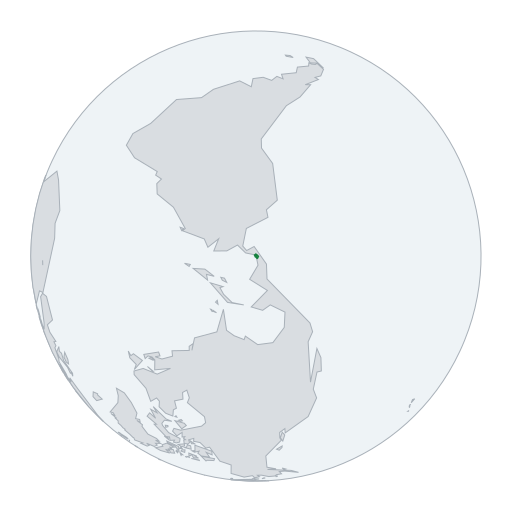 Bocas del Toro highlighted on a globe, orthographic projection, rotated 205°
{"feature_id": "PAN-1958", "entity_name": "Bocas del Toro", "entity_type": "Province", "adm_level": 1, "iso_a3": "PAN", "parent_name": "Panama", "parent_adm1": "", "projection": "orthographic", "projection_center": [-82.341, 9.206], "detail": "fine", "context": "on_globe", "style": "filled", "palette": "green", "viewbox_px": 512, "rotation_deg": 205, "n_neighbors": 0, "source": "natural_earth", "source_scale": "10m", "svg_char_len": 8921}
<svg xmlns="http://www.w3.org/2000/svg" viewBox="0 0 512 512"><g transform="rotate(205 256 256)"><circle cx="256" cy="256" r="225" fill="#eef3f6" stroke="#a8b0b8"/><path d="M272.2,259.4L266.8,257.0L261.7,263.8L243.1,253.1L236.3,239.8L178.8,218.1L172.7,211.3L172.5,200.3L153.3,164.7L161.7,197.9L154.2,191.3L148.2,179.4L151.7,176.6L147.8,159.5L141.1,153.0L140.9,132.5L154.8,108.0L156.9,111.8L160.0,106.1L157.6,101.3L155.2,99.7L162.6,78.9L156.8,69.2L147.9,71.6L155.4,67.4L133.7,76.5L126.0,77.9L139.1,73.2L143.8,70.5L140.8,69.4L145.0,66.5L145.9,64.6L151.2,61.5L158.4,59.7L162.0,57.9L159.6,57.4L163.4,54.5L166.4,55.4L173.3,50.6L186.7,48.4L190.2,56.1L202.0,54.8L217.3,63.1L220.3,60.7L227.9,63.3L234.2,61.7L235.3,64.4L239.4,60.9L237.3,58.8L238.4,56.8L241.9,55.8L243.8,58.8L242.3,59.7L244.7,60.2L244.2,62.2L246.5,60.7L248.4,64.9L251.7,59.6L257.6,62.0L257.5,65.1L250.6,66.3L233.4,78.8L231.2,83.6L234.8,88.6L256.2,94.1L256.5,99.3L262.0,105.2L264.9,101.3L261.7,95.4L268.6,90.3L263.8,84.4L265.9,81.7L263.7,75.8L271.4,75.3L280.1,78.4L282.2,83.6L286.1,85.3L290.0,79.8L299.8,89.6L316.3,97.0L318.0,100.2L310.7,106.4L295.6,107.2L286.0,118.0L299.7,110.0L303.8,119.1L307.6,120.5L311.7,119.8L313.1,116.2L316.1,119.4L303.7,127.8L300.8,124.9L304.8,122.1L297.7,122.9L289.3,129.9L292.1,134.6L276.6,142.2L278.4,145.9L276.0,150.0L274.2,143.4L277.1,155.8L259.4,170.7L263.0,193.9L251.3,176.2L242.2,174.5L231.4,175.2L231.8,178.9L217.0,176.4L204.1,184.6L200.2,203.2L206.0,217.4L222.4,217.7L227.0,209.6L238.8,207.8L231.1,229.6L251.9,232.2L250.3,248.5L256.5,256.8L266.7,254.4L277.4,258.1L284.6,248.3L296.4,242.7L297.1,255.9L303.3,243.6L310.1,249.6L333.4,247.8L331.7,251.0L351.4,265.3L371.8,270.5L376.5,279.7L374.2,285.8L381.1,286.9L381.2,290.8L407.6,293.7L420.3,301.6L419.3,315.0L407.5,331.6L394.2,364.2L372.3,376.5L365.0,389.1L344.8,407.8L331.8,407.4L333.7,415.5L325.0,421.0L316.0,421.8L313.0,427.6L306.3,428.0L309.7,431.5L297.0,439.1L298.3,444.7L288.6,450.4L289.7,453.4L286.7,453.4L283.1,454.7L282.1,456.4L273.7,453.7L273.4,446.6L278.0,442.8L274.0,442.3L283.8,432.1L278.9,434.3L283.3,418.7L292.0,405.1L300.7,364.3L296.6,356.1L280.0,346.9L260.3,315.6L266.1,302.3L261.5,296.1L276.4,276.9L272.2,259.4ZM51.8,193.7L53.3,188.6L53.5,192.0L51.8,193.7ZM53.6,185.4L53.2,187.1L53.4,185.6L53.6,185.4ZM53.2,184.3L53.5,185.1L53.0,184.7L53.2,184.3ZM52.6,183.4L53.0,183.7L52.9,183.8L52.6,183.4ZM262.2,201.9L286.0,212.4L272.9,214.3L275.3,212.1L269.2,207.6L258.0,203.7L246.4,206.5L262.2,201.9ZM52.2,180.6L52.2,179.7L52.8,179.4L52.2,180.6ZM271.9,188.6L267.8,187.9L271.7,187.7L271.9,188.6ZM153.5,99.6L157.1,101.6L157.8,107.4L154.3,105.9L153.5,99.6ZM152.9,89.8L155.7,89.6L152.0,94.9L151.5,93.4L152.9,89.8ZM140.5,74.4L142.7,74.9L139.2,75.5L140.5,74.4ZM145.1,64.9L143.2,65.8L144.5,64.5L145.1,64.9ZM259.6,76.5L261.6,76.2L261.0,77.4L259.6,76.5ZM256.8,74.4L254.7,76.2L253.0,75.5L254.4,74.4L256.8,74.4ZM153.8,58.7L156.5,56.7L155.0,58.4L153.8,58.7ZM259.9,72.5L250.3,74.1L247.5,72.9L250.3,68.0L259.9,72.5ZM158.9,55.3L165.3,51.1L161.6,52.5L175.9,46.7L165.6,51.8L164.4,53.5L162.4,53.7L158.9,55.3ZM235.1,58.6L237.5,60.7L232.2,59.9L235.1,58.6ZM231.4,58.7L213.6,60.4L211.7,57.2L218.1,57.0L213.1,54.1L220.9,51.7L225.4,52.7L225.1,55.1L228.4,52.5L231.4,58.7ZM182.7,44.6L185.3,43.5L184.0,44.3L182.7,44.6ZM238.4,55.9L235.0,56.3L233.1,53.5L239.7,52.2L238.2,53.5L238.4,55.9ZM207.9,54.8L207.7,52.8L214.0,50.2L214.7,49.1L220.9,51.4L207.9,54.8ZM240.4,53.7L243.0,51.7L247.1,52.3L241.6,55.4L240.4,53.7ZM229.9,53.4L229.3,52.2L231.8,52.4L229.9,53.4ZM263.1,54.1L259.0,54.2L257.7,52.7L263.1,54.1ZM243.7,51.0L242.3,50.8L241.4,50.3L243.9,49.3L243.7,51.0ZM225.0,49.6L227.6,49.1L222.7,48.5L227.3,46.8L230.6,48.8L231.1,47.3L232.4,46.8L233.6,49.0L225.0,49.6ZM243.5,46.9L249.3,49.5L257.2,49.4L258.6,50.6L245.7,50.6L243.5,46.9ZM237.6,47.9L241.6,47.5L241.3,49.0L238.4,50.3L237.6,47.9ZM229.1,45.2L221.3,47.1L220.9,46.7L229.1,45.2ZM245.9,46.5L244.4,46.0L246.5,46.3L245.9,46.5ZM234.4,45.1L231.7,45.8L231.2,45.3L234.4,45.1ZM243.8,44.5L245.7,45.2L243.8,45.9L243.8,44.5ZM239.5,44.5L239.6,43.6L241.9,45.8L238.4,44.9L239.5,44.5ZM234.4,44.5L233.2,44.4L235.6,44.3L234.4,44.5ZM250.0,41.6L253.5,44.1L249.2,45.6L246.4,42.9L250.0,41.6ZM287.2,459.2L274.2,454.8L281.7,456.8L288.4,454.0L294.7,457.4L287.2,459.2ZM306.2,451.6L313.1,449.8L314.3,450.5L309.8,452.1L306.2,451.6ZM416.9,98.3L412.5,94.3L417.2,99.0L421.9,103.6L427.2,109.5L426.9,109.2L417.0,100.0L420.0,106.2L434.0,128.1L433.7,132.0L428.8,130.8L413.4,112.0L416.0,105.5L410.6,99.8L401.3,94.0L402.9,92.9L399.4,90.1L399.5,87.9L391.1,79.3L389.9,77.0L378.3,69.0L376.1,67.0L383.6,72.1L388.2,74.9L384.2,70.8L381.3,68.8L399.9,82.7L416.9,98.3ZM379.9,67.9L373.8,64.0L373.7,63.9L379.9,67.9ZM367.4,60.2L367.1,60.0L367.4,60.2ZM362.2,57.3L363.1,57.9L354.6,53.6L346.3,49.7L343.9,48.7L357.5,55.4L362.6,58.0L366.2,59.8L380.3,68.5L383.5,71.2L370.3,63.6L373.3,66.9L361.7,60.5L332.2,44.8L324.1,41.4L325.7,41.8L344.3,48.8L362.2,57.3ZM184.3,42.4L178.2,44.8L178.8,44.6L182.7,43.3L175.9,46.7L161.6,52.5L160.9,52.4L152.4,56.6L152.2,56.2L149.1,57.7L166.4,49.3L184.3,42.4ZM480.5,237.1L480.6,240.6L479.6,233.8L479.1,234.9L472.3,248.8L467.0,241.3L453.0,214.3L451.9,200.7L446.0,187.0L433.7,132.9L437.5,132.9L435.0,120.2L435.8,120.7L443.0,130.9L444.8,133.1L453.0,146.7L460.2,160.8L466.4,175.4L471.5,190.4L475.6,205.8L478.6,221.3L480.5,237.1ZM445.4,157.6L447.5,161.7L447.5,161.8L445.4,157.6ZM334.1,247.6L336.9,250.0L333.3,250.3L334.1,247.6ZM271.4,219.7L276.3,219.8L278.9,221.8L275.2,222.6L271.4,219.7ZM312.2,218.3L317.7,219.2L312.0,220.6L312.2,218.3ZM289.7,213.7L307.7,218.2L296.8,222.5L285.3,219.9L293.1,218.4L289.7,213.7ZM270.0,196.2L273.2,197.1L272.4,199.5L270.0,196.2ZM274.8,188.6L273.6,188.8L271.9,186.9L274.8,188.6ZM304.5,118.6L305.6,118.0L309.9,118.1L308.2,119.7L304.5,118.6ZM327.3,110.4L331.6,115.9L327.3,112.8L325.8,115.6L314.8,113.3L318.3,101.7L318.7,107.1L327.3,110.4ZM301.2,107.8L307.7,110.0L300.4,108.1L301.2,107.8ZM380.3,79.0L383.1,79.7L387.3,83.2L388.7,87.9L382.8,82.7L380.3,79.0ZM386.2,80.0L372.7,72.2L371.2,69.6L374.3,72.3L374.7,71.3L379.8,75.5L391.7,81.3L396.1,84.9L396.4,90.6L393.9,86.5L391.2,85.7L386.2,80.0ZM340.8,63.1L334.9,61.3L339.3,57.6L344.3,59.7L346.1,64.1L341.3,64.2L340.8,63.1ZM266.7,64.3L264.2,65.1L263.6,64.1L265.4,62.6L266.7,64.3ZM261.3,54.3L277.2,60.5L275.1,61.5L287.0,64.8L286.1,68.9L278.4,66.5L286.6,72.6L279.4,72.1L285.5,76.1L268.6,70.3L262.4,70.6L269.6,68.5L270.6,64.6L269.2,63.0L260.5,59.0L247.7,58.5L246.6,55.1L249.3,52.9L252.2,52.5L252.0,54.7L256.0,52.6L257.9,55.5L261.3,54.3ZM281.1,37.6L279.6,38.8L288.1,38.0L290.0,39.7L290.9,39.6L295.0,41.1L301.5,42.9L301.4,43.7L304.0,44.1L306.8,45.4L310.3,46.4L311.3,48.4L315.7,49.8L313.7,50.0L321.0,52.0L316.0,51.5L319.2,53.6L322.3,53.0L319.2,64.7L321.8,71.2L326.6,77.2L317.5,76.3L307.1,70.5L297.5,63.3L296.4,57.7L292.4,58.7L290.7,56.4L294.5,56.6L287.6,55.1L287.3,53.4L278.7,48.9L269.0,48.6L265.6,47.3L269.2,46.6L263.3,45.8L267.9,43.8L265.6,42.9L267.7,40.4L276.0,40.1L272.8,39.2L274.3,37.7L281.1,37.6ZM250.9,40.9L260.4,39.4L266.1,39.8L260.0,44.1L261.4,45.2L257.7,48.7L249.4,48.2L251.3,47.1L251.1,46.1L253.8,46.6L251.6,45.4L254.0,44.1L252.9,42.9L256.3,42.7L250.9,40.9ZM434.8,119.0L432.6,116.3L432.4,116.0L431.7,114.9L434.8,119.0ZM426.1,110.0L425.4,108.8L430.5,114.5L430.6,115.2L426.1,110.0ZM420.7,103.5L425.0,108.3L422.7,106.0L420.7,103.5ZM382.5,71.0L381.2,69.7L382.8,70.7L385.5,72.7L382.5,71.0ZM306.7,38.1L304.9,38.2L303.5,37.8L296.4,36.9L294.4,36.0L297.9,36.1L306.7,38.1ZM303.3,36.9L300.7,36.6L301.3,36.4L303.3,36.9ZM292.6,35.3L292.6,34.9L293.3,35.8L292.6,35.3ZM258.8,30.7L257.0,30.7L256.2,30.7L258.8,30.7ZM282.2,32.5L286.0,33.0L285.3,33.1L282.2,32.5ZM183.9,43.8L185.2,43.6L182.7,44.4L183.9,43.8ZM210.1,35.5L209.6,35.5L210.1,35.5Z" fill="#d9dde1" stroke="#a8b0b8" stroke-width="1"/><path d="M254.1,254.4L254.3,254.5L254.5,254.7L254.7,254.8L254.8,254.9L255.0,254.7L255.5,254.9L255.7,255.1L255.9,255.2L256.0,255.1L255.9,255.4L255.8,255.5L256.0,255.6L255.9,255.7L255.8,255.8L255.9,256.0L256.0,256.0L256.2,255.9L256.2,256.0L256.3,256.0L256.5,256.1L256.5,255.9L256.5,256.0L256.5,255.9L256.6,256.0L256.4,256.1L256.3,256.3L256.4,256.5L256.4,256.8L256.4,256.7L256.4,256.8L256.5,256.8L256.8,256.9L256.9,257.0L257.0,257.1L257.3,257.0L257.2,257.2L256.9,257.2L256.7,257.2L256.7,257.3L256.6,257.2L256.4,256.9L256.2,256.8L256.1,256.7L256.1,256.4L256.0,256.5L255.8,256.7L255.7,256.8L255.9,256.9L256.0,257.0L256.0,257.4L255.9,257.5L255.6,257.4L255.4,257.4L255.2,257.3L255.2,257.2L254.9,257.2L254.6,257.2L254.4,256.9L254.2,256.8L254.0,256.7L253.9,256.6L253.7,256.6L253.7,255.9L253.7,255.4L253.7,255.1L253.8,254.9L254.0,254.9L254.0,254.7L253.9,254.6L254.0,254.5L254.0,254.4L254.1,254.4ZM256.0,255.2L256.3,255.1L256.4,255.3L256.4,255.5L256.3,255.4L256.2,255.3L256.0,255.2ZM256.8,255.5L257.0,255.6L256.9,255.7L256.8,255.8L256.7,255.8L256.7,255.7L256.5,255.4L256.6,255.5L256.7,255.4L256.8,255.5L256.8,255.5ZM257.1,256.1L257.3,256.2L257.3,256.3L257.2,256.3L257.1,256.2L257.1,256.1Z" fill="#22c55e" stroke="#15803d" stroke-width="1.5"/></g></svg>